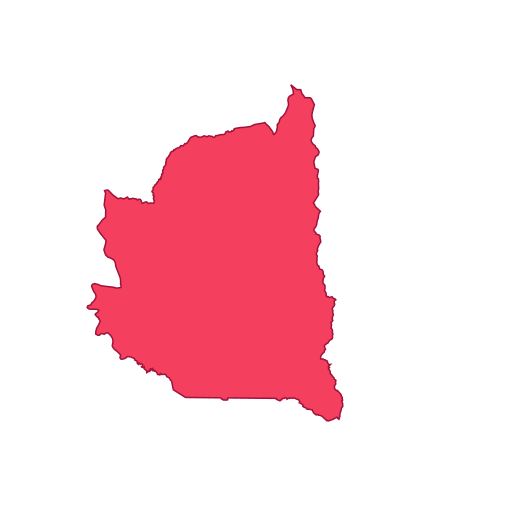 the district of Campoalegre, Huila, Colombia, rotated 305°
{"feature_id": "7082276B79425124325602", "entity_name": "Campoalegre", "entity_type": "district", "adm_level": 2, "iso_a3": "COL", "parent_name": "Colombia", "parent_adm1": "Huila", "projection": "mercator", "projection_center": [-75.337, 2.645], "detail": "fine", "context": "isolated", "style": "filled", "palette": "rose", "viewbox_px": 512, "rotation_deg": 305, "n_neighbors": 0, "source": "geoboundaries", "source_scale": "gbopen_adm2", "svg_char_len": 6146}
<svg xmlns="http://www.w3.org/2000/svg" viewBox="0 0 512 512"><g transform="rotate(305 256 256)"><path d="M416.2,186.3L413.6,190.7L410.2,193.8L406.1,191.8L404.3,191.7L401.8,192.8L400.3,194.4L398.2,196.1L393.9,197.2L389.8,198.0L385.9,197.8L383.9,197.1L381.6,197.2L378.6,198.3L375.8,198.0L373.8,199.6L369.5,201.4L366.1,201.1L365.7,200.6L367.4,198.2L369.5,192.1L369.9,188.3L370.4,186.7L369.1,185.7L362.9,179.4L358.8,177.1L354.3,172.2L353.0,170.3L348.6,165.8L347.5,165.2L346.2,165.6L344.9,165.2L344.6,164.3L343.4,164.3L342.0,162.8L342.4,161.8L342.1,161.2L340.1,160.1L338.7,160.6L337.8,160.4L336.2,159.1L335.7,158.0L332.1,154.8L331.6,154.0L329.3,153.9L328.8,153.1L328.8,151.5L327.3,148.3L325.7,147.6L324.7,144.6L321.7,142.8L320.4,140.4L320.3,137.9L319.4,136.9L315.6,134.4L309.6,134.8L307.9,134.3L307.4,133.3L304.4,133.1L303.3,131.1L301.2,131.0L298.0,128.8L296.1,128.4L295.8,127.8L295.0,128.2L292.8,126.8L291.1,126.7L290.0,127.3L288.5,127.1L286.8,127.4L285.6,127.0L283.4,127.2L282.5,127.9L280.8,128.4L279.9,129.3L278.1,129.8L275.8,129.4L274.2,130.5L273.3,130.3L272.1,130.7L270.5,132.2L268.8,131.8L268.0,132.6L266.8,132.7L266.3,133.3L265.6,133.0L264.8,133.1L264.3,134.0L263.9,133.8L263.5,132.7L262.9,132.5L261.6,133.2L259.4,132.7L258.6,133.2L256.5,132.5L254.3,132.7L253.1,132.4L251.1,133.9L249.9,133.6L248.9,133.9L248.5,136.2L246.8,136.7L246.8,137.9L246.5,138.4L245.5,138.3L244.7,138.7L243.3,140.0L243.2,141.0L240.5,141.9L238.7,138.9L237.3,137.7L237.6,135.3L236.6,134.3L234.0,132.8L234.0,132.2L235.8,129.5L236.0,128.6L235.2,127.3L234.3,127.2L233.8,126.6L234.2,125.6L232.5,121.9L231.7,121.4L230.6,119.9L229.8,119.6L229.7,119.1L230.6,117.0L226.9,114.9L225.9,111.8L223.8,110.2L223.9,103.7L225.1,97.5L224.9,96.5L222.7,94.4L221.1,96.8L210.6,102.4L207.6,106.4L201.5,110.5L197.4,109.5L191.3,109.3L189.8,108.9L188.8,109.2L187.1,110.7L185.2,115.6L182.8,124.1L180.2,125.6L173.9,127.8L170.7,132.0L170.1,135.3L170.9,138.0L171.2,141.6L170.0,144.4L167.1,147.1L160.3,157.2L158.1,159.3L155.0,161.4L154.2,162.6L153.0,163.3L152.3,163.0L149.9,160.5L148.4,156.7L142.7,146.1L142.2,143.3L140.8,139.6L139.0,138.3L137.4,138.4L136.7,139.0L134.1,143.0L132.6,146.7L131.0,148.3L129.7,148.8L126.1,149.1L123.1,148.3L121.4,148.8L118.7,146.8L117.2,147.1L116.8,147.7L116.9,149.9L121.1,156.4L121.4,158.3L119.2,158.6L116.4,157.6L115.6,158.1L114.9,161.4L115.3,162.2L114.4,163.0L113.7,165.3L113.1,165.7L109.9,166.5L105.4,166.9L101.8,168.3L100.1,169.6L100.4,172.1L101.5,173.3L102.9,173.3L104.1,174.4L104.8,176.6L106.8,177.2L108.1,179.1L107.5,182.6L106.2,185.7L104.3,187.7L99.9,189.8L98.9,191.6L98.2,194.5L98.2,196.9L97.4,201.4L97.0,201.9L94.8,202.8L94.2,203.8L94.1,204.8L95.9,206.7L97.1,207.5L100.0,208.5L101.7,211.7L102.1,215.7L101.1,216.8L101.8,218.6L100.1,220.2L99.7,221.6L101.3,221.4L100.7,223.3L101.9,223.8L102.0,225.3L101.8,225.8L100.5,226.0L99.6,225.6L99.4,226.0L99.8,227.3L101.1,228.0L99.6,228.8L99.2,232.3L97.8,233.4L98.8,234.0L100.4,234.1L100.6,235.1L102.3,234.2L103.1,234.2L103.3,234.6L102.6,235.5L104.6,235.9L104.3,236.3L103.5,236.2L102.8,237.2L104.0,238.2L103.4,239.0L104.1,239.7L103.6,241.6L103.2,242.5L102.6,242.9L102.6,243.5L103.5,245.5L104.7,245.0L105.0,245.1L104.9,246.8L107.2,249.7L106.0,252.1L106.4,255.1L105.2,257.2L105.1,258.6L99.0,265.0L99.7,279.4L119.5,308.3L119.5,309.4L119.1,309.8L119.5,311.1L119.2,311.7L121.2,314.6L122.0,315.3L123.3,314.3L123.8,314.6L150.9,354.1L150.3,354.8L151.0,358.4L151.6,359.0L152.8,359.0L153.1,359.5L154.2,359.2L155.8,361.0L156.9,361.4L157.1,362.9L156.5,363.5L158.4,364.4L158.7,365.3L160.0,366.2L160.4,367.5L161.9,369.2L161.9,370.6L162.7,373.7L161.5,375.5L160.6,375.6L161.1,378.7L160.6,380.4L159.6,380.7L159.6,381.2L160.2,384.3L159.8,385.0L159.9,386.1L161.2,387.7L161.3,388.5L162.2,390.3L160.6,393.0L160.3,395.1L160.6,395.7L160.3,396.3L160.8,397.1L161.7,397.5L161.5,398.7L162.1,399.5L162.6,401.8L161.7,408.6L162.2,408.7L162.4,409.9L166.4,412.8L170.2,414.6L170.5,415.4L170.2,415.9L169.9,415.9L169.8,417.6L172.2,416.9L175.4,415.0L177.6,414.5L180.4,413.3L182.4,413.4L184.8,411.7L186.2,409.5L186.4,409.8L187.6,409.7L188.7,408.3L189.7,407.8L189.9,406.8L191.3,405.0L192.4,400.6L192.2,400.1L192.5,399.8L192.1,399.3L192.1,397.4L192.7,396.3L193.9,395.2L194.9,394.8L196.7,394.8L197.9,394.0L198.4,393.3L200.0,392.8L200.0,391.0L201.0,389.5L201.2,388.2L201.6,387.5L201.5,386.9L202.3,385.6L202.0,384.4L203.9,383.2L204.9,381.1L204.7,380.3L206.8,380.1L206.5,379.3L206.6,378.8L207.2,378.7L209.9,379.2L208.8,377.8L209.6,376.0L210.8,374.7L210.6,372.6L210.5,371.9L210.1,371.5L210.1,370.0L208.8,368.0L210.4,366.8L211.8,366.4L214.4,366.5L216.0,367.0L218.5,366.3L219.6,366.4L220.7,364.4L222.0,363.4L224.9,364.2L226.0,364.8L229.2,364.7L231.2,365.7L232.3,365.8L233.3,365.4L234.2,364.5L236.3,363.7L237.1,362.4L238.6,361.6L239.1,361.0L240.0,359.4L239.9,358.9L243.0,357.3L244.6,355.6L245.9,356.0L247.3,355.9L247.7,355.0L249.6,353.7L252.5,353.0L253.4,351.4L255.4,350.3L256.0,349.3L257.2,348.4L260.1,348.6L261.8,348.1L262.5,346.8L264.4,345.9L265.9,346.5L266.2,345.2L265.6,343.5L266.3,341.7L264.1,340.0L264.2,338.9L263.7,338.5L264.0,338.0L263.5,337.3L263.6,336.5L265.8,334.7L267.2,331.8L269.0,331.2L271.5,329.3L272.1,326.9L272.9,325.8L276.1,324.0L278.6,323.9L279.0,323.6L279.2,322.2L282.0,319.5L282.3,318.8L282.6,318.0L281.8,315.5L283.8,313.3L283.8,311.7L285.6,309.3L286.9,308.8L289.6,306.9L291.2,306.2L291.9,304.5L293.6,303.7L296.0,303.4L296.8,302.2L300.5,301.3L303.0,301.0L304.3,301.1L305.4,300.4L307.9,297.6L308.9,297.4L309.4,295.6L308.5,292.6L309.3,291.8L310.0,288.7L311.8,288.0L313.9,288.2L316.4,287.7L320.0,285.9L322.8,285.2L326.2,283.4L327.7,283.1L329.6,283.1L330.5,276.4L330.7,275.6L331.6,274.8L332.4,272.6L341.5,272.2L342.6,271.8L344.4,269.9L347.0,268.8L351.3,265.5L353.5,264.2L355.1,262.7L355.0,261.6L356.9,260.2L361.8,258.1L362.5,257.2L361.7,254.1L366.4,249.2L371.5,247.8L374.5,248.9L376.7,248.4L377.8,247.6L379.1,244.7L379.1,242.7L380.2,241.4L380.4,238.5L381.5,235.6L382.7,234.5L385.2,234.0L387.2,234.2L393.2,230.4L396.0,230.0L397.0,229.4L397.7,227.8L400.8,223.4L403.2,221.1L406.3,219.6L413.5,217.0L416.6,211.1L416.7,209.6L413.7,205.1L414.9,202.6L415.1,200.8L417.9,197.2L415.7,193.9L416.2,186.3Z" fill="#f43f5e" stroke="#9f1239" stroke-width="1.5"/></g></svg>